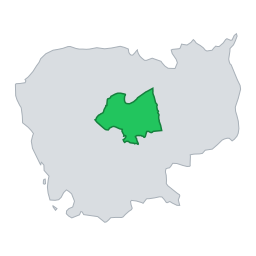 where Kâmpóng Thum sits in Cambodia
{"feature_id": "KHM-1788", "entity_name": "Kâmpóng Thum", "entity_type": "Province", "adm_level": 1, "iso_a3": "KHM", "parent_name": "Cambodia", "parent_adm1": "", "projection": "albers", "projection_center": [105.072, 12.831], "detail": "fine", "context": "in_parent", "style": "filled", "palette": "green", "viewbox_px": 256, "rotation_deg": 0, "n_neighbors": 0, "source": "natural_earth", "source_scale": "10m", "svg_char_len": 5359}
<svg xmlns="http://www.w3.org/2000/svg" viewBox="0 0 256 256"><path d="M236.4,33.7L237.1,36.1L235.4,40.7L233.5,44.8L230.0,48.5L229.9,51.2L228.7,59.1L229.2,61.6L230.0,63.8L231.2,64.9L234.4,72.7L237.3,79.7L240.1,85.5L240.6,89.2L238.2,98.5L235.3,107.1L235.6,111.4L236.9,115.6L238.3,121.3L238.9,128.6L238.2,133.3L236.9,136.3L234.3,139.3L232.1,140.9L229.3,138.3L227.2,138.2L224.3,139.0L222.0,140.2L217.4,144.7L212.3,149.1L205.2,150.2L202.4,153.4L199.5,153.9L193.9,154.1L190.2,154.8L190.4,156.5L190.1,164.1L190.2,165.8L189.6,166.3L187.1,166.5L182.7,165.4L176.9,163.5L172.7,163.3L170.6,166.6L169.3,167.9L167.8,168.1L166.1,168.7L165.6,170.2L165.4,172.0L166.2,175.2L166.5,180.2L166.3,183.6L167.9,185.8L176.9,193.0L179.5,194.8L179.8,195.9L178.3,199.9L179.7,205.4L176.9,205.3L172.2,203.0L169.9,201.5L167.2,202.7L166.3,202.5L164.4,199.7L162.0,197.0L159.6,196.8L154.4,197.9L149.0,198.7L147.0,198.7L146.2,199.2L143.1,203.3L141.8,202.6L136.4,201.0L131.5,200.4L130.5,201.5L131.1,204.9L132.2,208.2L131.5,209.6L128.8,211.4L125.3,214.5L123.1,216.9L121.6,217.5L116.2,217.4L110.7,217.7L108.6,220.0L106.5,221.8L104.8,222.3L97.7,216.6L83.7,214.6L82.2,212.0L80.9,211.5L79.5,214.8L71.8,217.9L68.6,216.0L66.3,213.7L66.6,210.9L68.9,208.6L72.7,207.0L74.5,201.2L71.6,193.8L69.1,191.6L66.4,189.9L63.6,192.7L61.2,197.3L58.7,199.7L55.1,200.3L50.0,200.0L48.1,193.0L47.4,187.0L48.2,180.1L49.0,176.1L44.1,170.4L43.9,165.1L41.5,162.3L40.8,163.7L40.9,165.2L40.2,164.1L32.5,148.3L31.3,141.1L32.7,135.5L33.5,133.6L31.3,130.6L28.2,127.3L22.6,122.8L22.3,115.9L21.2,107.7L19.5,104.9L17.0,99.8L15.7,95.7L15.4,84.6L16.1,83.7L20.0,83.5L25.1,82.7L25.9,80.9L25.0,79.5L28.2,77.0L32.9,71.6L36.5,65.9L39.1,62.3L40.7,58.7L45.9,53.7L53.1,50.2L57.9,49.4L63.0,48.3L67.9,46.6L70.2,46.5L76.1,48.5L79.4,49.1L82.8,49.1L86.3,49.3L89.4,49.1L96.8,47.7L104.6,48.8L111.6,48.0L120.2,46.3L124.4,47.4L128.3,49.0L128.8,52.4L129.7,53.9L131.0,55.1L132.7,55.1L134.9,52.8L136.8,50.4L137.4,49.9L137.5,51.1L138.4,53.7L140.0,56.3L141.7,58.0L144.5,60.3L146.3,60.4L152.2,58.2L161.0,61.3L162.1,62.9L164.9,66.1L168.1,68.3L175.0,68.5L177.4,62.8L176.2,59.4L172.2,53.5L171.2,50.0L172.4,49.4L179.1,48.7L180.2,48.0L181.6,44.1L183.4,44.5L187.1,45.0L191.0,42.4L193.3,39.6L194.6,40.8L196.0,42.8L197.5,43.9L200.3,45.5L203.4,47.9L205.3,50.2L206.9,51.0L210.9,50.4L211.9,50.4L214.2,47.6L215.8,46.1L217.2,46.5L219.2,46.5L223.3,42.9L225.6,39.6L226.9,38.7L230.6,40.3L232.1,40.0L234.2,35.5L236.4,33.7ZM45.5,183.7L44.7,184.1L44.0,184.1L43.3,183.5L43.4,180.9L43.9,179.4L45.2,179.1L45.5,183.7ZM57.0,208.6L55.5,210.3L53.0,206.8L53.0,205.8L57.0,208.6Z" fill="#d9dde1" stroke="#a8b0b8" stroke-width="1"/><path d="M104.1,128.5L97.1,122.4L95.0,119.8L96.1,119.1L96.5,117.8L96.7,117.4L98.5,115.3L99.1,114.9L100.2,114.4L100.7,113.9L100.8,113.9L102.0,113.3L102.7,112.9L103.1,112.6L103.6,111.5L104.2,109.3L105.7,106.7L105.7,106.4L105.8,105.7L106.0,105.4L106.4,105.4L106.8,105.5L106.9,105.3L107.0,105.1L106.9,103.9L107.3,100.1L107.4,99.4L107.6,99.1L107.7,98.9L108.0,98.8L109.5,98.3L109.8,98.1L110.4,97.6L110.6,97.3L110.9,96.4L115.0,94.2L116.5,93.6L117.9,93.2L120.6,93.2L124.7,94.1L125.1,94.2L125.3,94.4L125.4,94.8L125.3,95.1L124.8,96.0L124.6,96.8L124.4,98.8L124.5,100.5L124.7,101.4L125.1,102.3L125.3,102.6L125.5,102.8L126.0,103.3L126.9,103.6L129.5,103.8L133.6,101.8L136.6,99.2L136.9,98.8L137.5,97.9L137.7,97.7L146.1,91.8L147.1,91.4L152.8,88.3L152.9,91.7L152.8,92.7L153.1,94.2L154.2,97.1L155.6,102.8L156.3,103.5L156.7,104.0L157.0,104.6L157.1,104.9L157.2,105.1L157.1,105.5L156.8,106.2L156.8,106.5L156.8,106.8L157.3,109.8L157.4,110.1L157.5,110.1L157.7,110.3L157.9,110.4L158.0,110.6L158.2,111.0L158.3,111.2L158.4,111.4L158.3,111.5L158.2,111.8L157.9,112.2L157.8,112.4L157.7,112.6L157.8,112.8L157.8,113.0L158.3,113.4L158.6,113.9L158.9,114.5L159.0,114.8L159.0,115.1L159.0,115.3L158.8,115.7L158.8,115.8L158.7,116.3L158.7,117.7L158.7,118.6L159.2,120.4L159.2,121.4L160.6,125.3L161.7,130.5L153.6,131.3L153.4,131.4L152.7,131.8L152.2,132.3L151.7,132.5L151.3,132.6L151.0,132.6L150.7,132.5L150.0,132.2L149.5,131.9L149.4,131.8L149.2,131.7L148.7,131.4L148.1,131.4L146.7,131.5L145.3,136.4L144.9,137.0L144.4,137.3L144.2,137.3L143.9,137.2L143.7,137.0L143.6,136.9L143.5,136.6L143.4,136.5L143.3,136.4L143.2,136.3L143.0,136.2L142.9,136.2L142.7,136.2L142.2,136.1L141.8,136.0L141.7,136.0L141.4,135.7L141.2,135.6L140.9,135.5L139.7,135.6L139.3,135.6L139.1,135.5L138.7,135.5L138.4,135.5L138.1,135.6L137.7,135.6L137.1,135.5L136.9,135.6L136.7,135.6L136.1,136.1L135.6,136.4L135.4,136.5L135.5,137.1L136.5,138.6L136.6,138.8L136.7,139.0L136.7,140.0L138.1,143.2L138.2,143.5L138.3,143.9L138.3,144.0L138.2,144.2L138.1,144.3L137.7,144.2L136.6,143.4L135.5,143.5L135.1,143.6L134.9,143.7L134.7,143.8L134.5,143.7L134.4,143.6L133.9,143.2L133.7,143.2L130.9,142.9L129.6,142.5L128.7,141.6L128.5,141.4L128.2,141.4L126.6,141.3L126.3,141.3L125.8,141.6L124.7,142.4L124.0,141.7L123.5,140.7L123.4,140.4L123.2,139.6L124.0,139.3L125.2,138.0L125.5,137.6L125.7,137.2L125.9,136.7L125.9,136.3L125.8,135.8L125.7,135.7L125.0,135.6L123.9,136.2L123.7,136.2L123.9,135.3L123.9,134.9L123.8,134.7L122.8,132.9L122.5,132.2L122.2,131.7L122.0,131.2L122.0,130.8L122.3,129.4L119.7,128.8L115.3,126.8L113.7,126.4L112.6,126.6L111.8,126.9L111.2,127.3L110.5,127.6L109.7,128.1L109.4,128.2L109.3,128.4L109.2,128.7L109.0,129.0L108.3,129.9L106.6,129.8L105.8,129.6L105.4,129.5L104.1,128.5Z" fill="#22c55e" stroke="#15803d" stroke-width="1.5"/></svg>